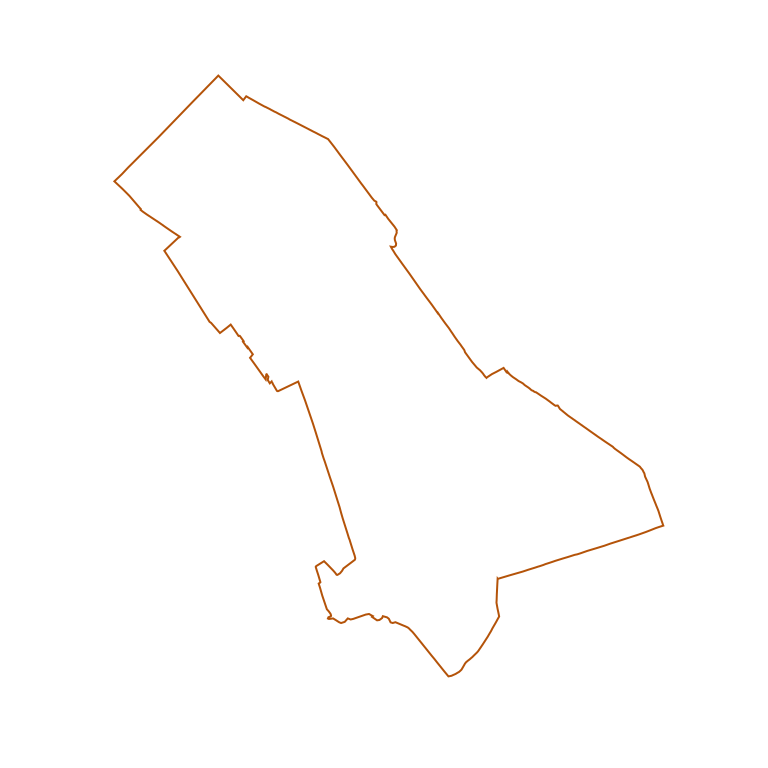 Slobozia, Arges, Romania (orthographic projection), rotated 279°
{"feature_id": "2599482B25877220238739", "entity_name": "Slobozia", "entity_type": "district", "adm_level": 2, "iso_a3": "ROU", "parent_name": "Romania", "parent_adm1": "Arges", "projection": "orthographic", "projection_center": [25.198, 44.51], "detail": "fine", "context": "isolated", "style": "outline", "palette": "amber", "viewbox_px": 768, "rotation_deg": 279, "n_neighbors": 0, "source": "geoboundaries", "source_scale": "gbopen_adm2", "svg_char_len": 5334}
<svg xmlns="http://www.w3.org/2000/svg" viewBox="0 0 768 768"><g transform="rotate(279 384 384)"><path d="M287.8,682.0L288.1,681.8L288.7,681.5L290.5,680.6L291.0,680.3L295.8,677.8L297.0,677.2L301.6,674.9L302.6,674.3L303.3,673.9L304.3,673.3L306.4,672.0L307.8,671.2L310.1,669.8L311.6,668.9L314.8,667.0L316.4,666.1L318.2,665.0L320.0,664.0L322.3,662.7L325.6,661.1L328.4,659.7L329.6,658.9L333.3,656.4L336.5,655.1L337.1,654.6L337.6,654.2L338.9,653.3L339.9,652.5L340.1,652.2L340.7,651.4L342.4,649.6L346.5,641.2L348.1,637.8L349.6,634.8L352.6,629.2L355.9,622.6L357.0,620.8L357.7,620.0L361.6,611.6L365.6,603.2L373.7,586.8L381.7,570.5L386.8,561.8L387.5,561.1L388.5,560.3L389.5,559.4L389.9,559.0L389.8,558.2L389.3,556.9L389.7,555.8L390.6,554.1L391.8,551.8L392.6,550.4L393.3,549.0L394.8,546.1L395.8,543.8L397.1,540.8L398.3,538.3L399.4,535.9L399.6,535.5L399.6,534.8L399.8,533.9L400.2,532.9L400.5,532.6L400.9,530.8L401.6,529.6L402.0,529.1L403.0,527.3L404.9,523.2L406.3,521.1L407.1,519.1L408.0,516.4L409.3,513.9L411.0,510.2L412.4,507.8L413.9,505.6L414.5,505.2L415.2,504.2L415.5,503.9L414.5,503.8L414.6,503.4L418.6,499.6L416.6,497.0L413.6,493.1L410.7,489.1L406.5,484.5L406.1,484.3L406.8,483.2L408.4,481.4L409.7,480.2L411.1,478.6L411.6,477.9L412.4,477.0L414.8,473.0L417.0,470.5L419.5,467.6L420.5,466.6L423.3,463.8L428.0,459.1L429.5,458.3L430.2,457.9L433.3,454.8L434.7,453.5L438.1,449.9L441.7,446.4L445.1,443.3L446.0,442.4L449.3,439.4L453.4,435.1L457.8,430.7L462.7,426.1L462.4,426.0L465.1,423.4L469.9,418.7L475.9,412.5L483.4,404.9L496.9,391.9L505.4,383.4L514.0,374.9L517.3,372.1L518.7,370.8L520.7,369.3L520.7,371.2L521.2,372.9L522.6,374.1L524.6,374.0L527.9,372.2L529.5,371.8L530.7,371.8L535.3,372.9L537.4,372.4L537.9,372.6L541.0,369.8L547.7,362.4L551.4,358.9L550.9,358.1L559.7,349.0L560.6,348.2L561.8,348.2L562.8,347.9L563.6,345.7L566.1,342.8L577.1,331.6L578.3,330.3L594.6,313.9L603.6,304.6L610.4,297.7L617.2,290.4L617.3,289.9L617.9,288.1L619.3,283.6L619.8,282.2L620.7,279.4L620.9,278.9L621.6,276.8L622.2,274.8L625.6,264.6L628.0,257.3L630.5,249.4L631.1,248.0L634.0,239.0L634.1,238.8L634.1,238.6L635.5,234.7L635.9,233.1L636.6,231.2L636.8,230.6L636.9,230.2L637.7,228.1L638.3,226.2L639.0,224.0L639.1,223.8L639.2,223.5L639.2,223.1L639.3,222.7L641.4,216.8L642.7,213.4L644.1,209.7L645.7,205.3L646.1,204.4L646.6,202.9L642.3,200.6L653.4,185.1L662.7,172.1L632.5,150.7L596.4,125.4L592.0,122.3L569.6,106.0L562.4,100.8L557.9,97.5L550.4,92.4L542.0,86.0L535.9,95.0L530.0,103.1L520.4,114.4L518.7,116.5L517.9,116.3L516.5,118.8L514.3,123.3L508.2,136.7L504.7,143.8L501.3,150.9L497.4,159.4L496.7,158.7L496.5,158.1L490.2,153.2L483.5,148.0L481.2,146.2L480.8,146.6L463.0,162.8L457.0,168.0L438.7,184.0L418.1,202.0L417.3,203.7L408.7,214.0L415.0,220.0L418.7,223.3L415.4,226.5L411.3,230.4L408.7,232.8L408.9,233.2L409.0,234.0L408.4,234.7L404.3,238.7L403.7,238.1L402.0,239.8L400.7,241.1L398.4,243.4L399.2,243.6L399.0,243.8L392.8,249.8L388.9,247.6L383.5,253.0L372.7,263.6L370.0,266.4L375.0,266.2L375.3,266.6L373.0,268.7L371.9,268.6L369.7,268.6L366.8,271.1L368.9,272.6L368.7,272.7L367.2,274.0L366.8,274.1L360.5,279.3L360.3,279.7L360.3,280.0L360.4,280.6L373.0,298.9L364.5,303.5L355.4,308.6L333.8,320.0L326.0,323.9L307.7,332.9L306.3,333.4L301.3,335.9L298.0,337.7L283.2,345.3L274.9,349.7L262.0,356.1L255.4,359.4L250.0,361.8L246.4,363.5L244.9,364.2L230.5,371.4L226.4,373.4L224.6,374.5L223.5,375.0L216.0,378.7L209.8,381.9L207.6,382.8L206.9,382.9L205.8,382.7L195.5,372.8L192.9,371.8L190.2,370.2L188.2,367.9L188.1,367.5L188.2,367.0L188.7,366.5L190.0,365.2L191.9,362.9L195.3,358.4L196.8,356.4L199.6,352.5L193.6,345.6L193.0,345.2L192.6,345.2L189.1,346.9L185.2,348.9L178.3,352.2L177.9,352.0L176.7,350.7L172.7,352.7L165.4,356.1L152.6,362.8L150.8,365.0L148.7,367.1L147.2,367.9L146.6,368.0L146.2,367.7L144.9,365.6L143.6,365.3L143.3,366.4L144.5,370.4L143.2,373.5L141.7,376.9L141.2,379.0L142.9,382.4L146.8,384.9L146.2,387.9L147.2,390.4L150.3,396.2L153.4,402.0L154.5,405.2L153.7,407.3L153.0,409.3L152.1,408.6L149.5,414.1L150.2,416.4L152.5,418.7L154.5,419.2L154.0,423.5L152.9,425.5L149.6,427.8L149.3,430.0L150.5,432.5L150.4,433.0L148.3,441.6L148.2,442.2L147.3,445.4L146.5,446.9L145.7,447.9L143.6,450.9L141.8,453.0L123.0,473.7L120.2,476.9L117.5,479.8L109.6,488.5L105.3,493.4L106.4,496.4L106.7,496.8L107.1,497.4L108.9,500.2L109.3,500.6L111.1,502.8L111.2,503.0L112.5,504.1L112.9,504.4L113.8,505.1L114.4,505.4L119.6,507.4L120.5,507.7L121.1,508.1L121.6,508.3L121.8,508.4L122.5,509.0L123.2,509.6L123.6,509.9L124.4,510.7L125.8,512.0L127.5,513.4L128.0,513.9L128.3,514.1L128.6,514.3L129.7,515.1L133.3,517.8L134.1,518.3L134.4,518.5L134.9,518.8L141.9,522.1L146.4,524.1L148.9,525.2L150.2,525.8L154.3,527.4L155.3,527.8L156.0,528.1L156.8,528.4L158.3,528.9L159.3,529.2L163.2,530.7L164.2,531.1L167.4,532.3L168.3,532.6L172.4,534.1L174.3,533.4L174.6,533.3L175.9,532.8L176.2,532.7L179.8,531.3L182.7,530.3L185.3,529.4L185.6,529.3L188.6,529.0L194.2,528.3L196.1,528.1L204.4,527.2L209.4,526.7L209.3,526.8L214.9,538.5L220.4,550.3L221.9,553.2L222.1,553.6L222.9,555.1L226.3,562.0L227.7,564.7L228.2,565.8L228.6,566.6L230.2,569.7L231.4,571.7L232.9,574.7L234.6,578.0L236.2,581.0L239.7,588.1L241.9,592.7L245.1,599.1L246.0,601.5L247.5,604.5L250.9,610.8L254.9,619.1L258.7,626.9L261.8,632.6L265.7,640.4L275.1,659.0L278.8,665.8L281.3,670.1L284.1,674.8L285.8,678.0L287.8,682.0Z" fill="none" stroke="#b45309" stroke-width="2"/></g></svg>